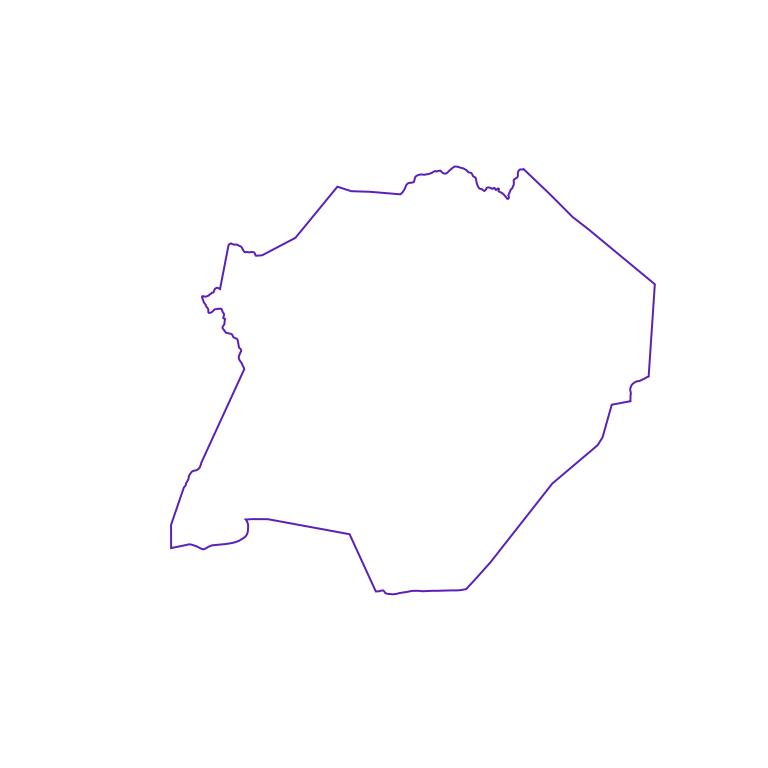 Lepaterique, Francisco Morazán, Honduras (Natural Earth projection), rotated 228°
{"feature_id": "27666195B26269396586320", "entity_name": "Lepaterique", "entity_type": "district", "adm_level": 2, "iso_a3": "HND", "parent_name": "Honduras", "parent_adm1": "Francisco Morazán", "projection": "natural_earth1", "projection_center": [-87.431, 14.064], "detail": "fine", "context": "isolated", "style": "outline", "palette": "violet", "viewbox_px": 768, "rotation_deg": 228, "n_neighbors": 0, "source": "geoboundaries", "source_scale": "gbopen_adm2", "svg_char_len": 6118}
<svg xmlns="http://www.w3.org/2000/svg" viewBox="0 0 768 768"><g transform="rotate(228 384 384)"><path d="M180.3,344.0L197.4,442.4L195.6,501.9L198.1,510.7L216.2,539.4L206.3,555.7L207.6,556.8L209.2,558.3L210.8,559.8L211.6,561.0L211.9,561.2L214.8,563.0L215.4,563.5L216.0,564.3L216.7,565.4L217.3,566.8L217.6,567.9L217.7,568.8L217.6,570.4L217.5,571.3L217.3,572.2L216.8,573.6L216.2,574.6L215.4,575.8L215.0,576.7L213.5,582.0L213.1,584.2L212.9,584.7L212.4,585.6L276.9,652.0L361.2,639.6L382.0,635.9L413.7,634.3L450.4,631.5L450.4,631.0L450.5,630.7L451.2,630.0L452.0,629.1L452.3,628.7L452.5,628.0L452.5,627.2L452.4,626.8L452.3,626.4L451.2,624.7L450.6,624.0L449.2,622.9L448.8,622.4L448.6,621.9L448.5,621.4L448.4,620.7L448.6,619.3L448.9,617.9L448.9,617.4L448.8,617.0L448.6,616.7L448.4,616.5L446.1,614.7L445.7,614.3L445.3,613.8L443.6,610.0L443.6,609.6L443.7,609.0L443.7,608.6L443.6,608.0L443.3,607.4L443.1,607.0L442.7,606.7L442.4,605.7L442.0,604.8L441.1,602.8L440.8,602.5L440.4,602.5L440.0,602.3L439.4,601.9L439.1,601.6L438.7,601.1L438.6,600.7L438.5,600.3L438.6,600.0L439.0,599.7L439.6,599.5L441.1,599.7L444.3,599.8L446.4,599.6L447.5,599.3L449.9,598.3L450.6,598.1L450.8,598.2L451.0,598.4L452.0,599.9L452.3,600.0L452.6,599.9L452.9,599.6L453.1,599.1L453.2,598.7L453.2,597.5L453.3,597.1L453.6,596.9L454.2,597.0L454.7,597.1L455.3,597.3L455.5,597.3L455.8,597.2L456.0,597.0L456.3,596.4L456.4,595.9L456.4,595.4L456.5,595.1L457.2,594.8L458.3,594.5L460.0,593.3L460.4,592.9L460.8,592.2L461.0,591.5L460.9,591.2L460.6,590.7L460.5,590.3L460.3,589.6L460.2,588.5L460.3,587.9L460.4,587.7L460.8,587.5L461.7,587.3L462.3,587.2L463.1,587.2L465.0,586.0L465.5,585.7L466.3,585.7L467.3,585.9L468.9,586.4L470.5,587.0L471.9,587.7L475.2,589.8L475.5,589.9L476.0,590.0L476.7,589.9L477.2,589.8L477.9,589.4L478.7,589.3L479.2,589.4L481.0,589.9L481.7,590.0L482.2,590.0L482.6,589.9L483.0,589.7L485.2,588.3L485.4,588.3L486.1,588.4L487.8,588.3L489.5,587.8L491.2,587.2L491.6,587.0L492.6,586.2L495.5,584.5L496.3,584.0L497.3,583.1L497.9,582.5L498.2,582.2L498.4,581.7L498.5,581.2L498.7,579.8L498.8,576.3L498.8,575.3L498.7,574.1L498.7,573.3L498.8,571.7L499.0,571.0L499.2,570.5L499.5,570.1L499.9,569.7L500.3,569.5L500.8,569.2L501.8,568.9L504.7,568.6L505.0,568.5L505.3,568.2L506.8,565.3L506.9,565.1L507.3,565.1L507.6,564.9L507.9,564.5L508.2,564.0L508.6,562.8L508.8,561.3L509.0,560.7L509.7,558.7L510.3,557.4L511.2,556.2L512.6,553.8L514.9,551.9L516.2,549.7L516.8,547.9L516.9,547.2L517.0,546.5L516.9,546.0L516.7,545.4L516.2,544.5L514.5,542.1L514.3,541.6L514.1,541.2L514.3,540.6L516.2,537.8L516.6,537.1L516.9,536.6L517.0,536.1L517.1,535.2L517.0,534.2L516.8,533.2L516.6,532.7L516.0,531.9L515.5,530.8L514.9,529.4L514.5,527.9L514.0,525.8L514.0,524.3L514.0,523.1L536.3,502.1L549.2,488.7L561.8,481.4L551.9,416.0L561.2,379.5L561.8,378.8L563.2,376.9L564.6,375.2L565.2,374.6L565.3,374.6L565.5,374.8L566.8,375.0L567.4,375.4L567.8,375.5L568.5,375.5L568.9,375.4L569.2,375.2L570.8,373.9L571.2,373.3L571.7,372.3L572.1,371.8L572.5,371.5L573.3,370.9L574.0,370.3L574.5,369.4L575.0,368.8L575.2,368.7L575.6,368.7L577.7,368.9L580.3,369.6L580.8,369.7L581.5,369.7L582.2,369.5L583.7,368.8L585.3,368.3L586.2,367.8L588.1,365.7L589.4,364.9L590.1,364.6L590.7,364.5L591.3,363.0L591.4,362.1L591.0,361.1L564.3,325.7L566.9,324.7L567.3,324.1L567.6,323.4L567.7,323.1L567.8,322.5L567.7,321.9L567.6,321.3L567.3,320.8L566.8,320.0L566.5,319.4L566.3,319.0L566.3,318.6L566.3,318.2L566.8,317.6L566.9,317.0L566.9,315.6L567.2,314.1L567.1,313.8L567.0,313.3L567.0,313.1L567.8,310.8L568.3,309.8L569.4,308.8L569.8,308.6L570.3,308.4L570.7,308.0L570.7,307.7L570.7,307.4L570.5,307.1L570.1,306.8L569.1,306.3L567.3,305.7L566.1,305.1L565.1,304.8L564.2,304.6L562.9,304.5L561.7,304.3L561.2,304.1L560.5,303.8L560.0,303.7L558.6,303.7L557.1,303.4L556.6,303.1L555.1,301.6L554.6,301.4L554.2,301.4L553.9,301.6L553.5,302.1L553.0,302.9L552.8,303.4L552.7,304.1L552.6,305.0L552.7,306.1L552.8,307.5L552.7,308.0L552.5,308.5L551.7,309.7L550.8,311.3L550.5,311.5L550.1,311.7L549.8,312.0L549.7,312.3L549.6,312.7L549.4,313.0L549.1,313.2L548.8,313.3L548.3,313.4L547.8,313.3L547.4,313.2L546.5,312.7L545.8,312.4L544.8,312.2L543.7,312.1L543.2,311.9L542.8,311.7L542.5,311.5L542.2,311.2L541.2,309.4L540.8,309.0L540.6,308.7L540.3,308.7L539.9,308.8L539.7,308.9L539.2,309.3L538.8,309.4L538.5,309.4L538.4,309.2L538.1,308.7L537.4,307.7L535.3,305.5L534.5,302.4L534.0,301.8L533.5,301.4L533.0,301.3L530.0,301.1L528.7,300.9L528.0,300.9L527.4,301.1L526.7,301.8L525.6,302.4L524.0,303.6L522.9,304.2L522.5,304.2L521.9,304.1L521.4,304.0L520.6,303.6L519.9,303.5L519.4,303.4L519.1,303.5L518.4,303.8L516.2,304.8L515.8,304.9L515.3,304.9L514.8,304.7L514.0,304.3L511.5,302.8L509.7,301.6L508.4,300.8L507.9,300.7L507.4,300.6L506.4,300.8L505.8,300.8L505.1,300.6L504.5,300.3L504.2,300.0L503.9,299.6L503.5,298.3L502.7,296.8L502.2,295.4L501.7,294.6L501.5,294.4L499.9,293.1L497.9,292.5L495.6,292.3L494.2,292.0L492.9,291.6L491.7,291.1L490.3,290.9L489.7,290.7L489.1,290.4L488.5,290.0L447.8,195.7L446.4,193.6L446.0,192.5L445.7,192.0L445.3,191.4L445.1,189.8L445.1,188.6L445.3,187.3L445.9,186.1L446.4,185.2L447.0,184.1L447.3,183.2L447.4,182.3L446.9,179.9L446.6,178.8L446.3,177.7L445.5,176.7L444.9,175.9L444.3,175.1L443.5,173.3L443.2,172.1L442.4,170.0L441.6,169.3L441.3,168.3L441.1,167.2L441.0,166.0L421.8,131.5L404.5,116.0L397.0,128.8L395.3,131.9L393.4,133.5L388.8,136.1L384.0,137.9L381.9,139.2L381.1,141.4L380.5,144.7L379.0,148.5L376.4,152.0L370.9,159.4L367.5,164.7L365.9,167.7L364.5,171.2L363.9,174.5L363.4,177.3L363.4,179.4L363.8,181.1L365.1,183.6L367.0,185.7L369.4,188.1L371.2,189.3L373.4,190.2L374.6,190.6L375.8,190.6L371.8,195.6L361.3,207.2L295.4,257.9L235.3,239.1L233.2,241.7L232.7,242.8L232.1,244.0L231.5,244.8L231.2,245.2L230.8,245.3L230.2,245.4L229.7,245.4L228.5,245.1L227.6,245.2L227.2,245.3L226.4,245.8L225.0,246.8L224.6,247.2L223.9,248.0L222.1,249.5L219.7,252.7L218.2,255.8L217.4,256.9L215.4,260.0L213.9,262.3L212.1,265.4L211.5,266.4L208.7,269.6L206.5,272.0L205.9,272.5L205.1,273.1L204.1,274.1L198.6,280.8L195.0,284.8L185.7,295.8L181.7,300.2L180.5,301.8L179.2,303.5L178.1,305.4L176.6,307.8L177.8,321.2L180.3,344.0Z" fill="none" stroke="#5b21b6" stroke-width="2"/></g></svg>